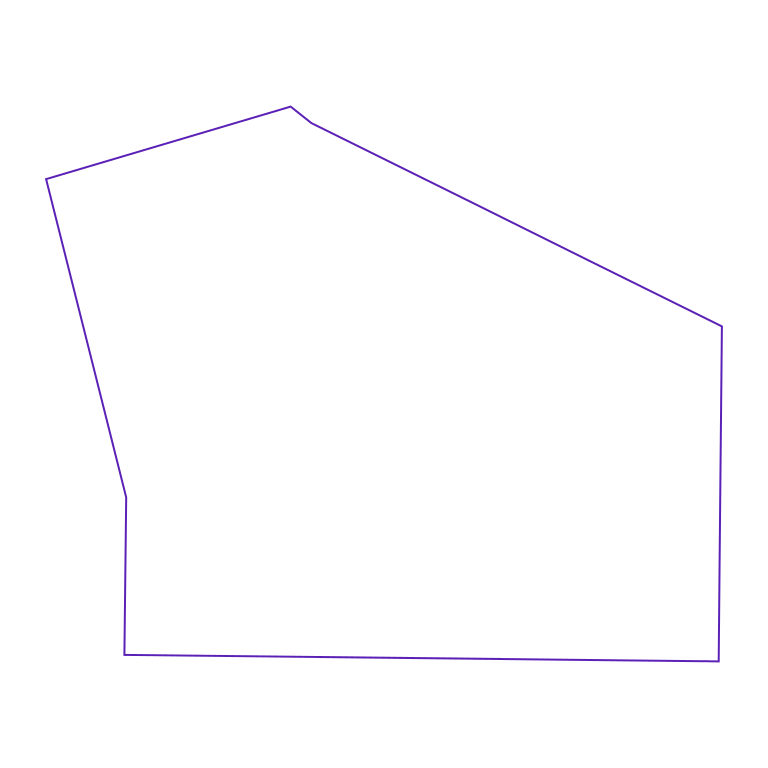 the district of Coober Pedy, South Australia, Australia
{"feature_id": "25037944B54111637534658", "entity_name": "Coober Pedy", "entity_type": "district", "adm_level": 2, "iso_a3": "AUS", "parent_name": "Australia", "parent_adm1": "South Australia", "projection": "robinson", "projection_center": [134.769, -29.011], "detail": "fine", "context": "isolated", "style": "outline", "palette": "violet", "viewbox_px": 768, "rotation_deg": 0, "n_neighbors": 0, "source": "geoboundaries", "source_scale": "gbopen_adm2", "svg_char_len": 353}
<svg xmlns="http://www.w3.org/2000/svg" viewBox="0 0 768 768"><path d="M590.9,261.6L461.2,197.2L311.4,123.1L290.6,106.6L46.1,179.1L86.6,339.9L126.2,497.4L124.4,654.9L500.1,659.0L553.2,659.6L625.7,660.4L700.9,661.2L707.3,661.2L709.5,661.3L718.7,661.4L719.6,561.7L721.9,326.4L627.1,279.5L590.9,261.6Z" fill="none" stroke="#5b21b6" stroke-width="2"/></svg>